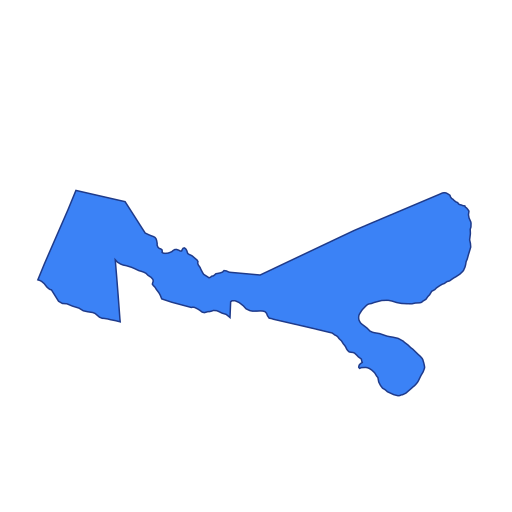 Rodelas, Bahia, Brazil, rotated 103°
{"feature_id": "56859067B89920954652408", "entity_name": "Rodelas", "entity_type": "district", "adm_level": 2, "iso_a3": "BRA", "parent_name": "Brazil", "parent_adm1": "Bahia", "projection": "robinson", "projection_center": [-38.654, -9.234], "detail": "fine", "context": "isolated", "style": "filled", "palette": "blue", "viewbox_px": 512, "rotation_deg": 103, "n_neighbors": 0, "source": "geoboundaries", "source_scale": "gbopen_adm2", "svg_char_len": 4346}
<svg xmlns="http://www.w3.org/2000/svg" viewBox="0 0 512 512"><g transform="rotate(103 256 256)"><path d="M164.4,58.6L163.0,60.1L161.8,61.7L161.3,63.0L160.2,63.8L160.4,65.7L160.1,67.4L160.1,69.0L159.7,70.4L158.6,71.5L158.3,73.4L157.2,75.7L156.4,76.9L156.0,78.2L154.8,79.7L153.2,80.7L152.3,83.1L151.8,85.1L152.0,86.9L152.7,88.6L154.8,91.4L197.7,150.6L207.8,164.4L209.2,166.3L216.7,175.8L217.8,177.2L263.3,234.7L265.4,237.3L267.2,239.6L273.6,247.7L277.8,278.2L277.6,279.8L277.2,281.4L277.4,283.9L279.2,285.0L280.5,287.0L281.6,289.4L282.3,291.1L283.5,291.9L284.9,293.0L285.7,294.7L287.0,295.6L287.8,296.9L287.1,298.7L286.3,301.0L285.6,302.9L284.2,304.3L282.7,305.6L281.3,306.8L279.9,307.8L279.0,308.7L277.7,310.2L276.1,311.2L274.5,311.3L273.2,312.5L272.4,314.1L271.2,316.4L270.3,318.1L269.9,319.5L269.5,321.6L268.9,323.1L267.6,323.9L266.3,324.7L265.0,325.9L264.2,327.5L264.8,328.7L266.2,329.3L267.8,329.6L268.2,330.9L267.7,332.7L267.5,335.0L268.0,336.6L269.4,338.1L270.6,338.9L271.8,340.5L273.0,342.4L273.8,344.9L274.1,346.8L273.6,348.3L272.5,348.4L271.1,349.0L270.5,350.4L270.4,351.9L269.6,353.4L267.7,354.8L266.1,355.1L264.9,355.6L263.3,356.3L261.8,357.2L260.7,358.5L260.2,360.0L260.0,361.4L259.8,363.0L259.4,365.4L259.0,367.1L258.6,369.1L251.3,376.6L244.6,383.4L232.5,395.8L232.6,442.3L232.6,446.2L253.2,449.6L294.0,457.2L308.5,459.9L311.2,460.4L328.3,463.2L328.5,460.9L329.0,459.1L329.7,457.8L330.5,456.2L331.8,454.6L333.2,452.9L334.4,450.7L335.0,449.0L335.0,447.7L341.0,441.7L342.6,440.1L344.5,438.2L345.8,434.0L345.1,429.5L346.1,423.6L346.6,416.8L348.2,412.0L348.2,407.8L347.8,402.3L348.2,399.8L350.8,394.8L351.3,391.9L351.0,390.2L350.7,386.4L350.8,383.8L350.6,378.3L350.7,373.5L348.1,374.4L342.6,376.1L325.6,381.4L308.5,386.8L291.3,392.3L293.2,389.5L294.3,386.1L294.7,383.3L294.6,380.2L294.8,377.5L295.0,374.7L295.6,371.4L296.6,366.8L296.7,364.4L297.0,361.7L297.6,359.3L299.1,356.9L300.4,353.4L302.0,351.2L303.5,350.5L306.7,350.7L307.9,349.4L309.0,347.6L309.9,346.6L310.8,345.8L311.8,344.6L312.7,343.5L314.2,341.8L316.1,340.2L317.6,339.2L319.0,338.2L320.0,327.8L320.7,307.4L320.1,306.2L319.9,304.5L320.2,303.1L320.7,301.0L321.4,298.9L322.2,297.1L322.8,295.8L322.8,293.5L321.8,291.7L321.0,290.3L320.7,288.9L319.8,287.1L318.6,285.2L318.1,281.9L318.6,279.2L319.3,276.3L319.4,274.9L319.6,272.0L321.1,268.8L321.8,267.5L306.3,270.4L305.0,269.3L304.3,266.3L304.6,264.7L305.1,262.1L305.8,260.5L307.4,257.1L309.7,253.8L310.6,249.7L310.5,246.9L309.4,242.4L308.5,239.4L308.1,236.9L308.2,234.7L309.5,232.8L311.6,231.4L313.6,229.2L313.5,226.6L313.7,224.9L313.7,189.7L313.7,188.1L313.9,164.5L314.6,162.8L315.2,161.6L315.6,159.7L316.4,158.1L317.8,156.5L318.8,154.8L319.5,153.6L320.6,152.5L321.9,151.2L323.1,149.6L324.4,148.2L326.1,146.9L327.4,145.5L328.5,143.6L328.4,141.6L328.2,139.8L328.4,138.2L329.1,137.0L329.9,135.6L331.3,133.5L332.0,131.8L332.8,130.1L334.5,129.4L335.8,128.5L337.3,129.9L338.7,130.8L340.1,131.0L341.3,130.9L342.2,129.8L341.1,128.3L339.9,124.1L339.8,122.3L340.1,120.3L341.1,117.6L342.5,115.1L343.4,113.8L345.8,111.5L347.0,109.9L351.1,108.1L352.1,107.3L354.2,105.5L356.3,103.0L357.3,99.9L358.7,97.4L360.1,90.6L360.2,86.2L359.7,84.6L358.7,83.3L358.2,82.0L355.9,79.1L349.7,74.6L348.5,73.8L346.9,72.5L345.3,71.5L342.9,70.3L341.1,69.7L335.4,68.4L331.3,67.1L328.4,66.7L326.9,66.6L325.6,67.0L322.6,68.4L319.4,70.2L318.4,71.1L316.8,73.3L315.4,75.9L311.5,82.3L310.5,84.6L308.5,87.9L306.7,92.0L305.9,93.3L304.7,97.5L304.3,99.1L304.3,104.2L304.5,107.0L304.6,110.3L303.8,118.1L304.1,123.1L304.1,125.2L303.5,128.1L301.2,131.7L298.6,137.5L297.7,139.1L296.2,140.5L295.0,141.4L293.1,142.1L290.9,142.4L289.2,142.1L285.7,140.9L284.1,140.2L281.1,138.4L279.5,137.4L278.1,136.3L277.3,135.2L276.3,132.8L274.7,130.4L271.1,123.6L269.8,118.9L269.4,116.9L269.3,113.6L269.5,110.9L269.7,108.5L269.5,103.6L268.6,98.5L267.5,93.3L266.0,90.2L264.9,86.4L264.3,84.9L263.4,83.9L262.3,83.1L260.0,80.7L256.8,79.4L254.7,78.1L250.9,76.9L248.5,74.2L246.5,73.0L243.7,70.4L241.6,68.2L240.4,66.3L238.0,64.2L236.7,61.8L234.1,59.5L232.7,58.2L231.3,56.6L227.7,53.2L224.8,51.3L223.5,50.6L219.9,49.9L217.4,49.8L214.2,50.0L211.5,49.5L206.5,49.3L205.3,49.2L204.0,49.1L199.0,48.8L195.5,49.9L192.2,51.5L186.2,52.1L184.6,52.5L181.8,53.3L179.4,53.1L175.9,53.8L174.6,54.3L171.0,57.0L169.6,57.6L168.0,58.3L166.8,58.4L164.4,58.6Z" fill="#3b82f6" stroke="#1e3a8a" stroke-width="1.5"/></g></svg>